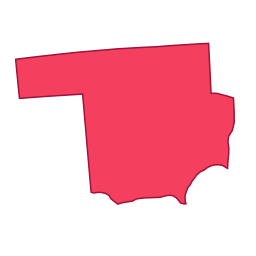 Ajdabiya, orthographic projection, rotated 176°
{"feature_id": "LBY-2983", "entity_name": "Ajdabiya", "entity_type": "Municipality", "adm_level": 1, "iso_a3": "LBY", "parent_name": "Libya", "parent_adm1": "", "projection": "orthographic", "projection_center": [21.402, 29.135], "detail": "fine", "context": "isolated", "style": "filled", "palette": "rose", "viewbox_px": 256, "rotation_deg": 176, "n_neighbors": 0, "source": "natural_earth", "source_scale": "10m", "svg_char_len": 1236}
<svg xmlns="http://www.w3.org/2000/svg" viewBox="0 0 256 256"><g transform="rotate(176 128 128)"><path d="M234.2,165.2L234.3,168.1L234.7,181.3L234.7,182.7L234.9,188.4L235.2,201.0L235.3,204.4L223.7,205.0L211.4,205.6L191.9,206.4L172.4,207.1L153.0,207.4L133.5,207.7L113.5,207.5L93.5,207.1L78.9,207.2L64.3,207.1L53.0,207.0L41.7,206.8L42.7,156.9L37.1,156.4L27.8,153.3L20.7,150.6L21.0,136.6L21.7,125.9L24.1,118.3L28.1,112.8L29.3,107.3L28.8,101.0L29.4,94.7L30.7,87.5L31.5,80.7L36.1,83.9L37.4,84.5L40.3,85.0L43.2,85.1L46.2,84.9L47.9,84.4L49.4,84.0L52.0,82.7L55.7,80.4L56.4,80.1L57.8,79.9L58.5,79.5L62.8,76.3L68.2,69.9L69.7,67.4L70.4,66.3L71.6,65.4L72.2,64.8L74.3,60.5L75.8,56.4L76.0,54.8L75.9,50.0L75.8,49.7L76.1,49.6L76.0,49.2L75.6,48.7L75.5,48.4L77.3,48.3L80.8,49.5L82.2,51.6L84.5,54.9L87.9,57.3L90.2,58.0L94.8,57.8L101.1,56.6L113.4,57.0L116.0,57.1L124.2,56.7L126.2,55.9L128.6,54.8L134.4,54.3L138.9,53.8L143.6,52.8L146.0,55.0L149.9,58.5L151.7,62.1L155.2,64.5L157.5,65.0L160.7,65.9L163.9,65.8L166.5,65.5L167.3,65.8L168.0,66.0L168.6,66.3L169.3,66.6L169.7,91.2L170.1,115.8L170.5,140.4L170.9,165.0L186.6,165.1L202.2,165.2L217.9,165.2L233.5,165.1L233.9,165.1L234.2,165.2L234.2,165.2Z" fill="#f43f5e" stroke="#9f1239" stroke-width="1.5"/></g></svg>